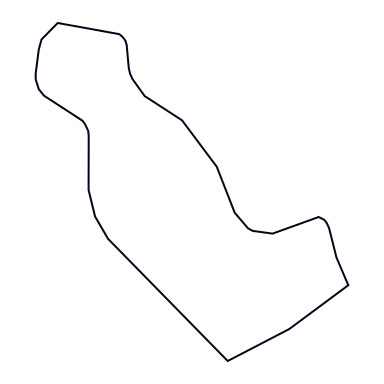 the border of Kensington and Chelsea
{"feature_id": "GBR-2072", "entity_name": "Kensington and Chelsea", "entity_type": "London Borough (royal)", "adm_level": 1, "iso_a3": "GBR", "parent_name": "United Kingdom", "parent_adm1": "", "projection": "mercator", "projection_center": [-0.187, 51.497], "detail": "fine", "context": "isolated", "style": "outline", "palette": "ink", "viewbox_px": 384, "rotation_deg": 0, "n_neighbors": 0, "source": "natural_earth", "source_scale": "10m", "svg_char_len": 541}
<svg xmlns="http://www.w3.org/2000/svg" viewBox="0 0 384 384"><path d="M57.7,23.0L119.4,34.2L122.7,37.0L125.4,40.7L126.7,45.1L128.8,68.3L130.1,73.8L132.5,79.1L144.7,96.1L182.0,120.3L216.8,166.8L234.7,212.7L248.0,228.3L252.7,230.9L272.6,233.6L318.7,217.0L324.2,219.8L326.6,222.8L329.0,227.9L336.5,257.6L348.3,285.2L289.3,329.0L227.7,361.0L108.1,238.9L95.1,216.6L88.6,190.1L88.7,135.7L88.2,130.9L85.2,124.5L82.6,120.8L44.0,95.7L38.8,89.2L35.7,79.4L35.7,73.4L38.8,49.4L41.5,39.5L57.7,23.0Z" fill="none" stroke="#020617" stroke-width="2"/></svg>